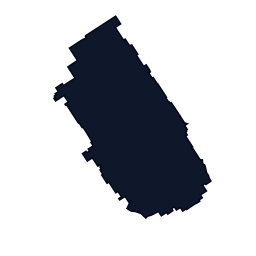 the district of Tammin, Western Australia, Australia, rotated 327°
{"feature_id": "25037944B7078020583356", "entity_name": "Tammin", "entity_type": "district", "adm_level": 2, "iso_a3": "AUS", "parent_name": "Australia", "parent_adm1": "Western Australia", "projection": "orthographic", "projection_center": [117.495, -31.605], "detail": "fine", "context": "isolated", "style": "filled", "palette": "ink", "viewbox_px": 256, "rotation_deg": 327, "n_neighbors": 0, "source": "geoboundaries", "source_scale": "gbopen_adm2", "svg_char_len": 4753}
<svg xmlns="http://www.w3.org/2000/svg" viewBox="0 0 256 256"><g transform="rotate(327 128 128)"><path d="M93.9,213.2L96.0,212.7L96.3,212.7L97.0,212.8L98.4,213.3L99.6,213.7L100.6,213.8L101.3,213.9L102.9,214.1L103.9,214.2L104.4,214.2L105.2,214.3L105.6,214.4L105.9,214.4L106.2,214.4L107.0,214.4L107.9,214.4L108.1,214.4L108.1,219.8L114.4,219.8L114.4,221.9L116.7,221.9L120.6,221.8L120.6,219.4L123.9,219.4L123.9,221.3L123.9,221.8L123.9,222.2L123.9,222.4L124.0,223.2L124.7,223.2L128.6,223.2L128.6,224.2L128.6,224.3L128.6,225.1L128.6,227.3L128.6,227.5L132.9,227.5L132.9,228.3L144.6,228.2L144.6,228.5L148.3,228.5L148.2,227.1L152.3,227.0L152.3,224.2L152.2,223.6L159.5,223.6L159.5,217.7L159.5,216.6L162.5,216.6L162.5,217.8L168.5,217.8L168.7,217.6L168.7,217.4L168.7,217.2L168.7,216.8L168.7,216.1L168.7,214.8L168.8,214.7L168.8,214.4L168.8,214.2L169.0,213.5L169.3,212.7L169.5,212.2L169.6,211.9L169.6,211.7L169.6,211.2L169.6,210.6L169.6,209.6L169.6,208.6L169.6,208.2L169.7,207.9L170.0,207.1L170.4,206.1L170.7,205.3L171.1,204.2L171.4,203.3L171.7,202.6L171.8,202.1L172.0,201.5L172.1,201.3L172.1,201.1L172.1,200.9L172.1,200.7L172.0,200.4L171.9,200.3L171.8,200.0L171.5,199.6L171.5,199.4L171.3,199.2L171.3,198.8L171.3,198.6L171.4,198.3L171.5,198.1L171.7,197.7L171.9,197.3L172.1,197.0L172.2,196.9L172.3,196.6L172.5,196.2L172.7,195.7L172.8,195.6L172.9,195.2L173.0,195.1L172.9,195.0L172.6,194.9L172.1,194.6L171.2,194.0L171.2,180.7L170.1,180.7L170.1,179.1L171.9,179.1L171.9,171.2L171.9,169.7L171.9,168.0L171.9,166.7L171.9,166.1L173.9,166.1L173.9,163.0L175.1,163.0L175.1,161.6L176.9,161.6L176.9,156.8L180.1,156.8L179.5,156.1L179.0,155.5L178.3,154.7L178.2,154.6L178.2,153.8L178.2,153.7L178.2,153.4L178.2,153.0L178.2,152.9L178.2,152.5L178.2,152.4L178.2,152.1L178.2,151.9L178.2,151.4L178.2,151.2L178.2,150.8L178.2,150.6L178.2,150.4L178.2,150.1L178.2,149.8L178.2,149.7L178.2,149.1L178.2,148.7L178.2,148.4L178.2,148.1L178.2,147.9L178.2,147.6L178.2,147.4L178.2,147.1L178.2,146.9L178.3,145.7L178.2,145.7L178.2,135.0L178.0,134.6L178.1,134.4L178.1,130.2L176.7,130.2L176.7,128.4L176.2,128.4L176.2,123.2L177.0,123.2L177.0,107.2L176.6,107.2L176.6,99.4L175.4,99.4L175.4,98.4L175.4,98.0L175.4,97.4L175.4,96.3L175.4,95.4L175.4,94.1L175.4,93.1L177.3,93.1L177.3,91.3L177.7,91.3L177.7,84.9L174.7,84.9L174.7,74.6L174.7,71.5L176.4,71.5L176.4,71.4L176.4,60.4L175.3,60.0L174.1,59.6L174.1,51.9L173.4,51.8L172.1,51.8L172.1,36.7L174.2,36.7L175.7,36.7L177.3,36.7L178.3,36.7L178.5,36.7L178.5,35.7L178.5,34.5L178.5,33.3L178.5,31.4L178.5,30.2L178.5,29.8L178.5,27.5L175.1,27.5L172.2,27.5L169.2,27.5L167.9,27.5L166.0,27.5L165.4,27.5L162.7,27.5L159.7,27.5L159.0,27.5L157.7,27.5L156.1,27.5L154.6,27.5L151.5,27.5L149.3,27.5L144.3,27.5L142.9,27.5L142.7,27.6L142.4,27.7L142.4,27.8L142.3,28.0L142.2,28.1L142.2,28.8L142.2,29.0L142.1,29.3L141.9,29.4L141.7,29.5L140.7,29.5L139.7,29.5L139.4,29.4L139.0,29.2L138.8,29.2L138.6,29.1L138.4,29.1L137.5,29.1L136.5,29.1L135.5,29.1L135.0,29.1L134.8,29.1L134.7,29.1L133.4,29.1L131.1,29.1L130.5,29.1L130.0,29.1L128.9,29.1L128.4,29.1L127.6,29.1L126.2,29.1L125.2,29.1L124.9,29.1L123.4,29.1L122.6,29.1L122.4,29.1L122.4,30.3L122.4,31.5L122.4,32.8L122.4,34.1L122.4,35.2L122.4,38.5L122.4,40.0L122.4,42.9L122.4,43.8L110.8,44.0L110.8,44.9L110.8,49.0L110.8,50.7L110.8,52.2L110.8,53.7L110.8,54.9L110.8,56.5L110.8,57.3L110.3,57.3L109.5,57.3L107.1,57.3L105.5,57.3L104.3,57.3L101.8,57.3L101.6,57.3L101.3,57.3L101.2,57.3L97.1,57.3L97.0,55.0L89.4,55.0L89.4,59.6L85.5,59.6L85.5,61.1L83.6,61.1L83.6,62.7L82.0,62.7L82.0,65.9L92.0,65.9L92.0,73.7L88.1,73.7L88.1,74.8L88.9,74.8L89.0,74.8L89.1,75.0L89.1,76.2L89.1,77.8L89.1,79.0L89.1,80.1L89.1,81.1L89.1,82.4L89.1,82.8L89.1,83.9L89.1,86.7L89.1,89.5L89.1,89.8L89.1,90.1L89.1,90.6L89.1,90.8L89.1,92.4L89.1,96.8L89.8,96.8L89.8,102.7L90.7,102.7L90.7,108.8L90.5,116.1L90.4,116.1L90.4,119.8L89.1,119.8L89.1,124.0L83.4,124.0L83.2,124.0L83.2,126.3L80.1,126.3L80.1,124.8L80.1,124.7L79.5,124.7L79.4,124.7L75.9,124.7L75.9,124.8L75.9,133.6L81.8,133.6L81.8,134.0L81.8,134.3L81.8,135.2L81.9,137.2L81.9,143.6L84.1,143.5L84.1,143.8L84.1,145.5L83.4,145.5L83.2,145.7L83.2,145.8L83.2,147.5L83.1,147.8L82.0,147.8L81.9,147.9L81.8,148.0L81.7,148.0L81.7,152.7L81.7,152.8L81.6,153.0L81.4,153.1L80.6,153.1L80.3,153.1L80.3,153.3L80.3,156.6L80.3,159.4L80.3,163.0L82.5,163.0L82.5,175.7L85.0,175.7L85.1,182.2L81.8,182.2L81.8,183.8L88.3,183.8L88.3,191.2L89.3,191.2L88.5,191.7L87.8,192.2L86.7,192.8L85.7,193.5L84.7,194.1L84.1,194.5L83.3,194.9L83.4,195.0L83.7,195.8L84.8,198.3L85.1,198.9L85.2,199.1L85.3,199.3L85.5,199.5L86.0,199.9L86.9,200.6L87.8,201.3L88.5,201.8L88.7,202.1L89.1,202.5L89.6,203.2L90.1,203.8L90.8,204.8L91.5,205.7L92.2,206.5L92.3,206.8L92.5,207.3L92.8,208.4L93.0,209.4L93.2,210.5L93.7,212.4L93.9,213.2Z" fill="#0f172a" stroke="#020617" stroke-width="1.5"/></g></svg>